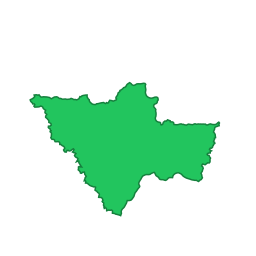 Serra do Salitre, Minas Gerais, Brazil, rotated 48°
{"feature_id": "56859067B6682563181647", "entity_name": "Serra do Salitre", "entity_type": "district", "adm_level": 2, "iso_a3": "BRA", "parent_name": "Brazil", "parent_adm1": "Minas Gerais", "projection": "orthographic", "projection_center": [-46.658, -19.126], "detail": "fine", "context": "isolated", "style": "filled", "palette": "green", "viewbox_px": 256, "rotation_deg": 48, "n_neighbors": 0, "source": "geoboundaries", "source_scale": "gbopen_adm2", "svg_char_len": 5866}
<svg xmlns="http://www.w3.org/2000/svg" viewBox="0 0 256 256"><g transform="rotate(48 128 128)"><path d="M184.4,56.6L184.2,57.9L184.3,59.6L183.7,61.0L182.7,62.1L181.6,63.1L180.2,63.9L179.5,65.1L179.2,66.2L178.8,67.1L177.9,67.8L177.0,67.8L176.3,68.6L175.4,69.5L174.5,70.6L173.8,71.2L173.1,72.1L172.0,73.1L171.1,74.6L169.7,75.4L169.1,76.7L168.8,77.8L166.7,79.6L165.7,80.3L165.2,81.4L165.0,82.7L164.1,83.3L163.3,84.0L162.4,84.3L161.7,85.2L160.7,85.6L159.9,86.6L159.4,87.7L158.8,88.8L158.0,89.8L156.2,91.5L155.3,91.0L154.4,90.5L153.4,90.8L152.6,91.5L151.8,92.4L150.9,91.8L149.9,92.4L148.4,93.1L148.5,94.9L147.5,95.9L147.5,97.0L147.4,98.0L148.0,98.8L148.5,100.0L147.9,101.3L146.9,101.0L146.1,100.4L145.0,100.5L144.2,101.3L143.2,101.8L142.1,102.2L140.8,102.1L139.4,101.5L138.6,100.7L137.9,99.4L136.6,98.0L135.4,97.0L133.8,96.1L132.8,94.9L131.8,94.8L129.8,94.7L128.9,94.3L128.0,92.9L128.4,91.3L128.8,90.3L128.4,89.0L127.6,88.1L127.4,86.9L126.4,86.1L125.2,85.6L124.1,86.1L123.5,86.8L122.9,87.7L122.4,89.1L121.8,90.2L121.3,90.9L120.2,91.7L119.3,92.2L118.3,92.5L117.4,92.7L116.4,92.7L115.1,92.3L114.0,91.8L113.1,91.2L112.2,90.0L111.3,89.0L109.4,87.8L108.2,87.0L107.4,85.6L106.2,85.6L105.1,86.6L104.3,88.0L103.4,89.3L102.7,90.1L101.9,90.9L101.1,92.0L100.8,93.7L100.3,95.1L99.5,95.7L98.5,96.1L97.2,96.0L95.4,96.4L95.1,98.1L95.0,99.5L95.3,100.8L95.8,101.9L95.6,103.1L95.1,104.3L95.3,105.8L95.1,107.5L94.7,108.9L95.4,109.6L95.4,110.8L95.3,111.8L96.0,112.8L96.7,114.2L96.9,115.7L97.6,117.0L98.7,117.0L99.2,118.0L98.6,119.7L98.1,121.1L97.0,121.6L95.2,123.0L95.6,124.5L96.2,125.6L95.8,126.5L94.8,126.9L94.8,128.3L93.9,128.8L92.8,129.0L91.9,130.3L91.2,131.4L89.9,133.9L89.0,135.1L88.8,136.5L87.7,137.6L86.4,138.5L85.0,138.7L83.6,138.9L82.0,138.6L81.0,137.9L80.0,138.1L78.9,137.9L77.4,137.5L76.1,136.3L75.2,137.4L73.9,139.4L73.3,140.6L73.3,142.1L72.5,142.7L73.4,144.8L73.2,146.0L72.7,147.4L71.5,148.1L70.7,149.2L69.3,149.7L67.9,150.5L67.6,151.9L65.8,154.3L64.8,154.9L64.1,155.7L62.7,157.5L61.0,158.2L60.3,159.1L59.4,159.4L58.0,159.6L56.9,160.3L56.3,161.2L55.7,162.0L55.3,163.9L55.0,165.3L53.9,165.7L52.7,166.0L51.8,166.7L50.7,167.5L48.2,170.0L47.5,171.1L46.9,171.9L45.8,172.0L44.7,172.1L43.8,171.9L43.4,173.0L42.4,173.5L41.6,174.4L40.7,175.7L42.3,176.4L42.4,178.0L42.2,179.7L41.9,180.6L41.6,181.8L42.5,182.3L43.7,182.5L45.1,182.3L46.4,182.7L47.4,181.5L48.4,181.7L48.8,183.3L50.1,183.3L52.3,180.6L53.0,179.4L53.3,178.1L54.5,177.5L55.7,177.4L56.7,177.9L58.4,177.7L59.7,177.3L60.2,178.5L61.1,179.5L63.5,179.2L63.8,180.2L64.1,181.3L65.0,182.1L66.2,181.9L67.1,181.8L68.0,181.9L69.0,181.8L70.1,182.3L70.9,183.1L71.8,182.7L73.0,182.3L74.5,183.1L74.5,184.5L73.4,185.9L74.3,186.9L75.4,186.9L76.5,186.4L77.6,187.2L78.6,187.0L78.7,188.4L80.1,188.2L81.2,188.7L82.0,189.7L82.9,190.5L83.6,191.9L85.5,192.1L86.7,190.9L87.6,190.6L88.5,191.1L89.4,191.3L90.3,190.4L90.9,189.6L91.6,188.8L92.5,188.5L93.5,188.7L94.6,189.7L95.6,188.8L97.3,188.7L98.4,188.1L99.4,188.1L100.7,188.5L101.2,190.6L102.7,191.0L103.7,190.9L104.6,189.9L103.8,188.4L104.8,187.3L105.7,187.1L106.3,186.2L106.6,184.8L106.6,183.7L106.9,182.5L107.9,182.5L108.6,183.9L108.7,185.3L110.1,184.8L111.1,184.0L112.2,183.8L112.3,185.1L112.7,186.2L114.0,186.4L115.3,186.2L116.3,185.7L117.4,185.7L118.0,186.9L118.6,188.8L119.1,187.5L119.8,186.8L120.7,187.6L121.7,187.9L123.4,188.1L124.7,188.4L126.0,188.5L125.0,189.5L124.0,189.9L123.8,190.9L124.9,191.8L125.8,193.0L127.1,192.8L128.6,192.9L129.7,193.5L130.6,192.7L130.5,191.3L131.6,189.9L132.8,190.7L133.7,191.2L134.9,191.2L136.1,191.6L136.1,192.9L136.8,193.7L137.2,194.7L138.0,195.9L138.6,194.9L139.6,195.2L140.5,196.4L141.1,195.7L142.1,195.2L145.1,194.8L146.5,194.2L147.6,193.5L148.6,193.1L149.3,192.2L150.3,191.7L152.1,194.1L153.1,193.9L154.2,193.5L155.5,193.7L157.1,193.3L158.3,193.8L159.0,195.1L159.9,196.2L161.9,194.3L163.4,194.3L165.0,195.0L165.2,196.3L166.1,196.5L167.1,196.1L168.2,196.8L168.7,197.7L169.6,198.2L170.5,197.9L170.8,198.9L171.9,199.4L172.0,198.4L173.0,197.9L174.1,198.3L175.2,199.2L175.7,198.2L176.1,197.2L177.1,196.5L178.0,195.1L179.1,194.9L180.9,196.6L181.8,195.8L182.6,195.2L183.8,194.8L184.7,194.1L187.2,192.5L188.2,192.1L187.4,190.7L186.9,189.8L186.0,189.4L185.2,188.5L184.6,187.3L184.4,186.0L184.4,184.7L184.2,183.4L183.7,182.1L183.2,180.6L182.7,179.2L181.9,178.0L181.4,177.1L182.2,176.3L182.9,175.4L183.6,174.1L183.5,172.2L183.1,170.7L182.9,169.6L181.4,167.1L180.8,165.8L180.7,164.5L180.3,162.9L179.9,161.4L179.7,160.2L179.6,159.1L179.1,158.2L177.0,157.6L175.9,156.6L175.4,155.3L175.0,154.2L174.8,153.1L174.3,151.8L173.8,150.3L173.6,149.0L173.9,147.9L174.3,146.6L174.8,145.6L176.6,143.7L177.2,142.6L177.3,141.4L178.1,138.9L178.7,138.1L180.1,138.4L181.1,138.8L182.2,139.0L183.6,138.7L184.7,138.4L185.6,138.4L186.6,138.7L187.6,138.6L188.5,138.0L189.9,136.5L191.2,135.8L192.1,135.1L192.4,134.0L192.4,132.8L192.2,131.6L192.6,130.3L194.7,128.1L193.7,126.7L193.3,125.1L193.4,123.6L193.7,122.7L194.1,121.7L195.1,120.4L196.6,119.7L198.0,119.2L199.5,119.2L200.8,119.2L201.9,118.9L203.2,118.5L204.4,118.0L205.3,117.5L207.6,116.1L208.8,115.5L209.8,114.8L210.6,114.1L211.7,113.3L212.6,112.2L213.8,111.8L214.9,111.4L215.0,110.2L214.9,109.0L215.3,108.1L214.8,106.0L213.3,105.4L212.4,104.7L211.5,104.3L210.5,104.1L209.8,101.6L208.9,100.4L208.4,99.2L207.5,98.7L206.5,98.4L205.5,98.7L204.8,97.4L204.8,96.4L205.8,96.0L206.9,95.3L207.2,92.0L208.3,91.1L208.1,89.8L207.3,89.0L206.2,88.1L205.6,86.8L204.2,86.7L202.6,86.1L201.5,87.0L200.6,86.9L200.2,86.0L200.7,84.6L201.6,83.6L200.5,82.6L200.8,81.3L199.8,81.7L198.3,81.7L198.0,80.3L198.9,79.4L198.9,78.1L198.2,77.4L198.1,76.3L197.4,75.2L197.6,73.8L196.5,73.2L195.5,73.7L194.8,72.6L194.4,71.4L193.4,70.6L193.8,69.4L192.0,68.2L191.2,67.6L189.8,67.2L188.3,67.2L187.5,66.0L187.0,64.7L186.3,63.9L185.7,63.1L185.8,62.0L186.4,60.9L186.7,59.9L187.3,58.7L186.1,58.0L185.5,56.7L184.4,56.6Z" fill="#22c55e" stroke="#15803d" stroke-width="1.5"/></g></svg>